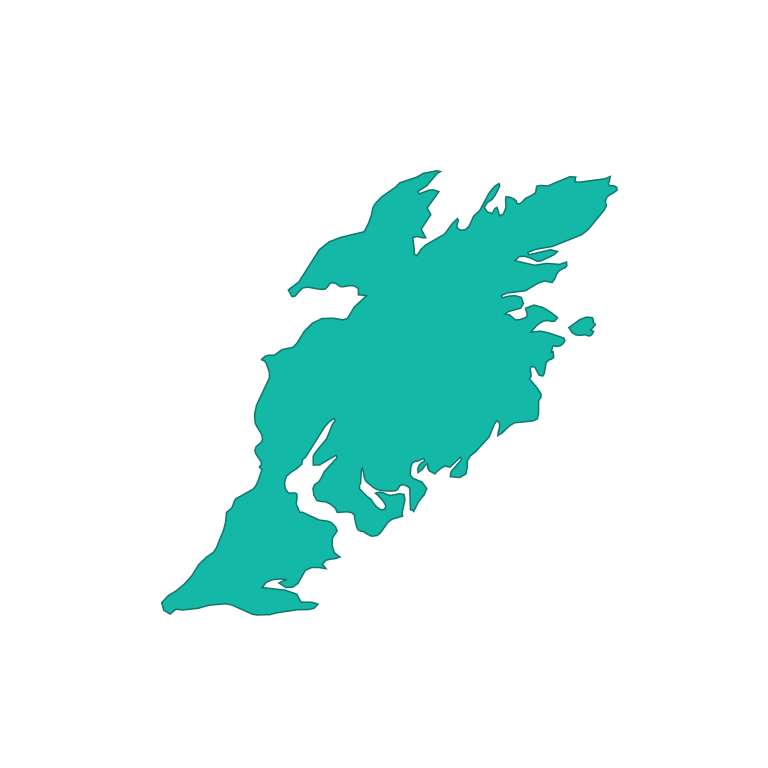 SVG path tracing the border of Donegal, rotated 157°
{"feature_id": "IRL-729", "entity_name": "Donegal", "entity_type": "County", "adm_level": 1, "iso_a3": "IRL", "parent_name": "Ireland", "parent_adm1": "", "projection": "equal_earth", "projection_center": [-7.962, 54.925], "detail": "fine", "context": "isolated", "style": "filled", "palette": "teal", "viewbox_px": 768, "rotation_deg": 157, "n_neighbors": 0, "source": "natural_earth", "source_scale": "10m", "svg_char_len": 6066}
<svg xmlns="http://www.w3.org/2000/svg" viewBox="0 0 768 768"><g transform="rotate(157 384 384)"><path d="M579.3,327.4L573.2,329.0L570.5,331.4L568.1,334.1L565.5,336.2L545.5,338.4L541.8,340.4L538.7,343.0L529.9,352.8L531.2,356.2L530.4,356.9L528.7,357.3L527.4,360.1L529.3,370.0L528.9,373.2L526.7,375.8L526.2,376.3L520.0,378.2L517.5,380.5L516.3,385.1L517.7,395.0L517.7,399.1L514.5,407.4L509.6,414.3L486.9,434.6L484.9,439.8L484.3,449.5L485.3,452.4L487.0,453.8L487.0,454.6L482.9,455.9L479.6,455.8L473.7,453.4L464.3,455.5L453.5,453.3L447.9,455.7L437.0,463.5L426.3,467.9L415.6,468.5L405.2,464.5L396.3,458.9L391.9,458.7L381.2,466.5L365.6,472.1L370.8,475.2L372.7,476.0L370.3,481.9L372.9,485.9L378.1,488.3L383.5,489.4L386.2,490.7L389.3,495.6L391.8,497.5L394.4,497.6L399.3,494.9L401.7,494.4L406.0,496.2L416.1,502.8L421.0,504.2L426.3,502.3L431.2,499.7L434.5,500.3L435.3,508.0L422.4,511.3L391.1,532.9L379.0,536.3L366.7,535.9L342.8,531.9L336.2,537.3L329.8,544.1L325.9,549.8L324.3,551.5L320.7,553.9L313.0,557.2L296.2,560.8L290.5,563.1L290.2,563.1L289.5,562.9L272.1,561.6L265.7,562.6L252.0,559.6L249.1,557.5L253.1,556.9L267.3,549.7L277.4,548.1L277.4,545.2L267.0,544.9L262.4,543.3L258.3,539.6L275.5,529.2L274.7,521.6L289.3,512.0L288.4,502.3L291.8,503.8L294.0,505.6L296.4,507.0L300.3,507.6L303.9,495.0L305.6,491.7L304.6,490.8L304.3,490.7L304.1,490.5L303.4,489.2L297.4,493.4L291.2,495.7L269.7,498.3L258.2,505.1L251.7,507.6L251.7,505.2L255.0,501.8L255.4,498.3L253.2,495.5L248.7,494.3L244.0,496.0L235.9,503.5L227.9,506.4L213.2,518.3L208.9,520.8L204.5,522.8L199.9,523.6L199.9,521.2L207.6,514.6L212.4,511.7L218.3,510.5L222.6,507.6L221.7,502.1L217.8,498.7L213.1,502.3L210.9,502.3L211.9,493.7L207.9,493.7L202.6,499.0L200.0,506.4L198.4,508.7L195.1,506.7L192.1,503.6L190.7,500.9L191.0,499.1L190.7,497.6L188.2,497.0L186.1,497.3L182.8,499.0L180.9,499.6L173.3,500.0L169.6,501.0L166.2,506.4L162.2,505.6L155.9,502.3L132.1,502.2L126.6,499.6L129.2,495.8L126.2,493.7L100.3,486.5L94.7,486.6L95.8,485.1L96.5,483.7L97.4,482.4L99.1,481.0L99.1,478.6L95.0,476.7L92.9,474.0L93.7,471.4L98.0,470.3L102.6,470.0L106.3,468.6L108.8,465.7L109.7,461.1L113.3,458.1L135.7,446.4L143.7,444.2L175.2,444.8L191.7,448.7L200.2,448.9L200.2,446.4L178.2,442.5L172.4,438.2L177.2,436.5L191.3,436.0L195.0,437.0L198.9,441.7L203.9,446.2L209.6,448.5L215.4,446.4L198.8,434.4L187.0,431.4L175.7,425.5L168.3,424.9L169.6,421.2L171.9,420.3L175.0,420.3L178.9,419.6L181.9,417.9L186.1,413.8L189.6,411.7L195.8,416.1L202.7,416.6L217.5,414.6L234.9,419.6L241.4,419.6L241.4,417.0L235.9,416.4L228.9,414.2L223.9,410.1L224.1,403.7L228.6,400.4L240.9,402.0L245.5,401.1L241.4,398.5L237.9,391.6L233.7,390.2L227.9,389.8L226.3,390.2L225.0,391.9L224.5,394.7L224.4,397.2L224.1,398.4L215.2,398.1L207.9,392.4L202.2,384.5L198.3,377.2L202.4,375.1L205.4,376.2L208.3,378.4L212.4,379.6L216.7,379.2L220.9,378.0L228.7,374.3L219.4,371.6L212.4,366.6L200.5,356.0L200.5,353.1L203.2,351.3L206.5,350.4L210.0,350.9L213.6,353.1L216.8,349.2L217.7,347.8L215.7,347.8L217.3,342.3L219.8,341.4L222.9,341.7L226.5,340.1L232.6,330.8L234.8,329.3L237.8,331.6L238.6,340.6L241.6,342.5L243.4,340.9L245.4,333.8L248.0,331.7L244.5,320.3L243.3,313.6L244.7,310.5L248.3,308.0L253.4,296.1L256.5,292.0L261.3,291.8L279.0,297.3L284.7,296.5L294.3,292.9L299.4,292.0L297.4,295.4L295.3,298.0L293.7,300.5L293.0,304.1L294.6,306.0L298.3,303.8L307.7,294.3L326.6,285.7L332.7,284.1L337.0,281.1L339.9,274.8L343.7,269.2L350.8,268.3L359.2,272.8L356.5,277.1L342.3,284.1L342.3,286.8L355.5,281.7L357.4,282.7L359.5,284.6L364.2,284.3L369.2,282.8L372.2,281.3L376.5,286.8L376.5,289.2L375.2,293.7L377.9,292.9L382.5,290.3L387.3,289.2L385.8,293.0L383.4,295.5L380.2,296.9L376.5,297.3L376.5,300.0L382.2,299.8L385.8,300.6L388.5,300.4L391.6,297.3L395.3,290.3L394.4,286.1L387.3,278.9L385.5,271.0L390.4,266.3L398.6,261.9L406.5,255.1L407.3,257.1L407.7,257.1L408.8,258.0L401.7,276.1L401.2,278.9L401.8,279.6L402.9,281.2L404.4,282.9L406.5,284.1L409.3,284.2L412.4,281.6L415.3,281.3L419.5,282.7L426.0,285.8L431.9,289.7L434.5,293.4L435.1,294.8L437.9,299.9L438.8,302.6L438.7,305.4L437.1,312.3L436.7,315.8L439.1,312.4L444.1,302.1L446.3,300.0L447.4,297.2L445.3,291.1L442.4,285.1L440.9,282.7L440.4,278.9L438.9,273.9L436.3,269.7L432.4,268.3L429.9,271.2L430.5,276.7L432.6,282.6L434.5,286.8L430.2,286.2L427.1,284.0L424.6,281.2L421.7,278.9L412.5,276.9L408.7,274.5L409.8,269.6L418.3,257.3L418.3,255.1L429.5,256.4L434.5,255.1L445.6,248.3L449.6,247.2L454.9,248.7L458.2,252.4L460.7,256.3L463.5,258.0L465.1,260.8L464.5,266.8L463.2,272.7L462.4,274.9L464.1,278.3L468.2,280.9L477.2,284.1L477.4,288.7L479.9,293.9L483.6,298.2L487.1,300.0L491.3,302.9L492.0,309.2L490.2,315.6L487.1,318.5L482.4,319.4L478.7,321.8L473.1,326.7L456.0,334.6L456.0,337.2L474.7,334.7L480.8,337.0L477.4,345.2L473.7,348.0L458.2,356.0L447.7,366.6L443.4,369.3L443.4,371.9L449.6,370.5L455.3,367.7L485.0,347.1L488.3,346.5L491.0,342.3L497.3,340.3L504.4,339.0L509.8,337.2L513.9,332.5L515.8,326.2L514.4,320.8L508.6,318.5L507.1,316.9L508.4,313.4L511.7,307.9L511.6,298.7L509.4,298.0L496.8,284.1L489.4,279.7L487.0,277.5L485.7,274.9L484.4,270.8L484.5,267.1L491.4,262.6L494.8,255.9L495.6,248.1L492.2,241.9L497.5,242.4L502.1,243.8L506.5,244.4L511.4,241.9L510.6,240.6L510.3,239.8L510.1,238.7L509.5,236.7L515.7,240.5L522.3,243.4L529.2,243.2L541.1,234.1L547.4,232.7L553.7,234.9L558.5,241.9L551.9,242.2L549.8,241.9L555.8,245.1L562.7,247.3L569.6,247.5L575.8,244.3L555.8,233.0L546.4,224.6L545.6,215.6L537.3,212.1L533.6,209.7L530.8,207.2L535.8,204.9L541.4,205.8L552.0,210.1L573.5,215.6L578.6,216.1L590.7,220.8L594.9,223.3L611.0,240.6L615.7,243.6L631.3,248.7L643.0,250.2L657.2,254.5L663.7,258.0L670.7,255.8L675.1,261.7L674.1,269.6L664.8,273.6L656.1,274.8L645.6,278.0L635.8,282.6L625.2,290.1L615.0,294.0L606.5,295.8L602.4,298.6L588.7,312.2L583.9,318.6L579.9,325.8L579.3,327.4ZM179.2,350.5L184.1,352.1L188.0,354.0L190.6,357.4L191.9,363.7L178.3,366.8L171.4,366.5L166.3,363.7L166.3,361.3L167.1,359.6L167.3,359.5L167.0,359.0L166.3,356.0L171.0,353.6L172.7,353.1L172.1,352.1L171.1,351.1L170.6,350.5L173.3,348.3L175.6,347.8L177.4,348.7L179.2,350.5Z" fill="#14b8a6" stroke="#0f766e" stroke-width="1.5"/></g></svg>